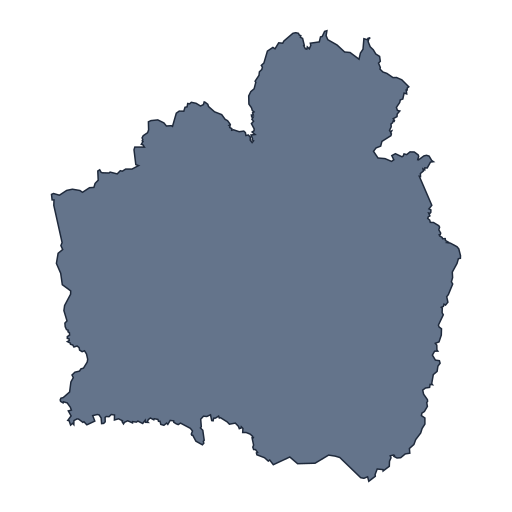 Madero, Michoacán, Mexico
{"feature_id": "50627088B49828923670212", "entity_name": "Madero", "entity_type": "district", "adm_level": 2, "iso_a3": "MEX", "parent_name": "Mexico", "parent_adm1": "Michoacán", "projection": "orthographic", "projection_center": [-101.157, 19.354], "detail": "fine", "context": "isolated", "style": "filled", "palette": "slate", "viewbox_px": 512, "rotation_deg": 0, "n_neighbors": 0, "source": "geoboundaries", "source_scale": "gbopen_adm2", "svg_char_len": 5973}
<svg xmlns="http://www.w3.org/2000/svg" viewBox="0 0 512 512"><path d="M397.0,458.0L400.7,457.7L405.3,453.9L409.8,453.2L409.4,448.5L413.9,444.5L415.7,439.6L420.7,433.0L422.1,428.5L424.9,424.1L424.9,418.0L421.4,415.6L421.9,413.1L424.4,411.5L427.4,406.4L426.7,402.6L427.6,401.3L427.4,399.6L423.6,394.2L422.7,390.1L425.5,388.0L429.6,387.4L430.1,384.4L432.5,384.7L431.7,383.6L433.3,374.6L437.1,371.4L437.9,366.2L440.1,363.2L439.4,360.7L435.4,360.1L432.4,355.1L434.6,351.2L437.8,351.1L436.9,349.9L436.8,345.2L435.3,343.3L439.0,341.9L441.3,335.1L441.5,328.8L439.1,327.0L438.4,325.1L443.3,314.8L442.1,312.7L442.3,308.2L441.3,307.3L443.4,306.4L444.0,304.2L445.5,305.1L447.9,302.2L446.7,296.7L448.3,294.7L452.7,284.0L451.4,281.8L452.6,277.6L452.3,272.1L457.0,263.5L458.4,258.7L460.4,258.3L460.5,255.7L458.8,248.9L457.0,246.7L450.3,243.1L447.0,242.6L448.1,242.0L445.5,240.5L445.2,238.6L442.6,238.7L442.1,237.4L439.6,235.9L439.2,234.7L440.3,234.5L440.7,233.1L438.8,229.8L439.6,227.2L438.8,225.7L433.5,222.5L430.3,222.4L429.7,220.1L427.7,218.4L428.3,216.8L429.9,215.9L428.6,213.0L430.0,213.3L430.8,212.4L430.9,209.9L428.9,208.9L431.8,205.3L419.3,176.3L420.5,176.5L420.4,173.5L423.4,171.0L423.0,168.9L424.7,169.9L424.9,167.8L427.2,168.0L430.5,162.1L433.4,161.7L431.7,160.5L429.1,156.1L426.5,155.3L423.9,155.9L418.5,159.9L417.7,159.7L418.7,156.4L418.2,154.9L414.3,152.0L410.0,151.9L406.7,154.6L404.0,153.9L403.3,155.9L402.0,156.8L395.4,153.7L391.8,155.6L393.8,159.8L391.5,161.4L385.0,158.6L378.0,158.0L373.5,151.3L376.1,147.9L380.7,146.1L381.9,141.4L390.9,135.7L391.4,133.9L390.7,133.0L391.7,130.9L390.2,131.5L389.5,130.4L391.2,126.8L391.0,123.9L392.6,122.8L393.2,121.0L394.1,121.4L394.5,120.5L393.2,118.7L397.0,116.6L397.2,114.0L399.8,111.0L397.4,110.4L396.4,107.4L399.7,102.5L400.3,99.9L402.8,99.0L404.1,93.1L406.7,93.9L406.2,90.0L407.2,90.0L407.2,88.1L408.8,86.8L401.8,79.8L396.5,77.5L393.0,77.6L386.9,73.4L382.9,72.0L380.0,69.1L380.3,67.4L378.5,63.1L380.3,61.3L379.6,56.4L375.8,54.0L373.3,49.8L370.2,46.8L368.1,41.6L368.7,39.1L370.2,37.7L368.0,38.3L367.3,39.7L363.9,38.7L363.0,49.2L360.4,53.1L359.0,59.2L350.1,52.5L344.6,52.0L337.1,45.0L327.8,39.7L326.1,35.7L326.9,30.7L324.6,31.4L322.2,36.5L320.5,36.9L319.3,41.9L310.3,43.2L310.8,45.4L309.3,48.8L307.3,46.9L306.8,49.2L305.4,48.8L303.7,45.7L304.3,45.4L302.6,38.4L300.4,37.3L300.8,35.6L299.4,35.2L298.4,33.3L295.7,32.7L292.9,33.3L283.9,41.0L282.7,43.2L278.7,42.8L275.0,48.8L272.9,47.4L267.4,51.1L263.9,63.0L261.3,65.4L262.4,67.1L261.8,69.5L259.4,71.8L259.0,75.3L255.1,81.2L255.8,82.3L254.1,88.8L250.8,91.6L248.7,95.9L248.9,104.1L251.5,107.8L252.3,110.5L254.0,111.9L252.6,112.7L253.3,115.0L251.4,115.0L251.7,116.9L253.2,117.1L251.9,119.3L253.6,121.2L251.4,123.6L254.2,128.9L254.0,130.8L252.1,132.0L255.1,134.5L251.0,135.0L252.5,138.5L252.1,139.8L253.6,140.8L252.1,142.6L250.2,140.2L250.3,137.2L248.3,135.0L245.9,135.5L245.4,132.6L243.8,131.1L239.2,131.7L233.5,129.8L231.7,130.2L231.8,128.6L229.7,127.5L230.0,125.9L229.1,125.4L230.3,124.7L230.0,124.0L227.6,120.7L225.1,119.3L221.7,114.6L214.5,111.8L208.5,106.5L207.8,104.3L205.2,102.3L204.2,101.9L203.4,104.6L200.5,106.0L196.1,103.3L191.3,102.3L189.7,103.8L187.7,103.5L187.1,106.8L185.0,107.3L183.8,111.2L179.2,111.1L176.3,113.2L172.5,126.4L171.3,125.7L166.4,126.0L163.9,122.9L157.8,119.9L151.0,120.6L148.4,121.8L148.6,129.9L147.6,132.7L143.2,135.7L142.1,137.8L142.8,139.7L142.2,140.8L143.0,141.5L141.3,144.3L142.9,144.8L144.4,147.1L134.8,147.1L134.0,149.8L135.8,164.6L138.6,165.6L131.9,169.1L125.6,169.1L122.3,171.2L120.3,170.7L117.2,173.9L110.1,172.1L109.0,173.0L102.3,172.8L101.1,172.3L99.7,169.8L97.8,171.0L98.2,180.2L95.1,183.4L93.9,187.4L89.5,187.7L82.5,192.3L79.9,190.5L72.4,189.2L66.7,190.4L59.4,195.2L53.5,193.5L51.5,194.4L52.1,199.9L54.0,199.9L53.8,205.3L62.1,242.6L60.9,245.6L62.7,249.5L58.1,253.3L56.4,263.4L60.7,273.3L62.3,284.7L70.7,290.9L70.6,294.2L64.6,305.5L63.9,310.6L67.0,320.9L64.9,323.1L65.2,326.7L66.5,329.6L68.1,330.2L68.0,331.8L69.4,332.7L69.6,335.1L67.3,336.6L67.3,338.4L69.0,338.8L69.3,340.5L67.4,341.6L70.3,343.1L70.5,344.3L72.8,345.0L73.9,347.0L77.1,346.0L79.1,347.6L79.6,350.1L82.1,351.7L84.5,350.8L86.5,354.0L87.7,359.3L87.2,362.1L83.5,368.1L80.9,368.9L79.5,371.1L74.9,372.2L72.0,375.0L73.3,377.6L70.9,382.0L69.6,392.0L63.2,397.6L60.9,398.2L60.2,399.9L60.6,401.4L63.1,402.9L63.5,401.8L67.2,402.9L70.3,407.2L71.4,410.1L68.3,410.9L71.1,415.9L67.8,420.4L69.1,420.7L70.6,425.1L72.7,423.3L73.8,424.6L73.9,420.6L77.0,418.9L78.6,419.1L82.9,422.4L83.9,421.7L86.8,424.8L87.8,424.4L94.8,421.1L92.7,415.6L97.3,414.5L99.1,414.9L101.1,417.9L101.6,423.6L103.7,423.4L105.2,421.8L105.1,417.4L106.2,416.5L109.0,416.7L111.3,414.5L114.5,415.0L114.4,420.0L118.5,418.8L122.5,420.8L122.1,421.7L123.5,423.9L124.5,422.3L127.7,420.8L132.5,422.9L132.6,421.6L136.4,422.1L137.9,421.1L142.7,423.5L145.2,420.2L145.5,422.3L148.1,422.4L147.4,421.7L148.3,419.6L150.4,418.0L153.8,419.8L154.2,418.7L157.9,419.4L158.5,421.3L160.0,421.3L160.8,424.4L163.9,425.3L166.6,423.1L167.8,424.4L170.2,420.4L173.7,420.9L173.8,422.3L176.2,423.8L178.2,424.6L180.5,423.1L190.3,428.3L192.5,431.0L191.3,434.1L191.8,435.2L192.7,435.2L195.9,441.2L202.4,444.8L203.8,443.2L203.3,441.3L204.2,440.3L202.8,430.3L200.4,427.9L201.3,426.8L200.7,419.2L203.5,416.2L206.8,416.5L210.5,414.8L211.7,420.6L213.1,420.8L213.7,418.2L215.5,418.1L218.6,416.1L219.3,418.0L220.5,417.7L227.2,421.9L229.4,424.2L235.3,423.1L238.4,426.3L239.3,428.7L241.1,428.0L241.3,426.8L242.9,428.4L242.7,432.5L246.1,432.5L250.1,434.1L252.6,436.3L252.1,437.6L253.2,437.6L252.3,439.0L253.6,445.1L252.8,447.1L253.6,449.5L255.5,449.6L257.6,452.3L256.4,452.9L256.9,454.8L264.5,457.7L268.3,461.1L269.7,460.0L273.3,464.7L289.8,457.0L297.6,463.7L315.1,463.2L328.6,455.1L335.1,456.1L339.8,457.5L360.7,477.7L363.9,478.3L367.6,476.8L368.8,481.3L375.3,476.3L375.1,474.5L377.2,469.0L383.0,469.6L383.1,471.0L389.3,466.3L389.5,461.2L391.0,457.8L390.2,455.8L393.5,455.0L394.4,455.4L393.9,456.4L397.0,458.0Z" fill="#64748b" stroke="#1e293b" stroke-width="1.5"/></svg>